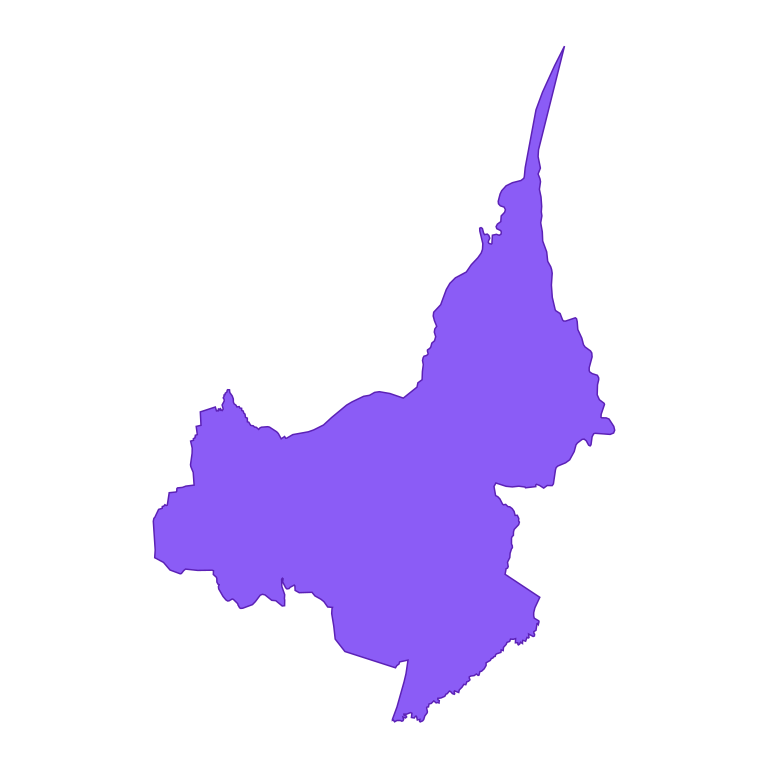 the district of Bang Klam, Songkhla, Thailand
{"feature_id": "78962969B50484514346142", "entity_name": "Bang Klam", "entity_type": "district", "adm_level": 2, "iso_a3": "THA", "parent_name": "Thailand", "parent_adm1": "Songkhla", "projection": "equal_earth", "projection_center": [100.407, 7.09], "detail": "fine", "context": "isolated", "style": "filled", "palette": "violet", "viewbox_px": 768, "rotation_deg": 0, "n_neighbors": 0, "source": "geoboundaries", "source_scale": "gbopen_adm2", "svg_char_len": 6129}
<svg xmlns="http://www.w3.org/2000/svg" viewBox="0 0 768 768"><path d="M154.7,557.7L163.5,562.4L170.0,570.0L180.2,573.8L181.4,573.5L183.8,570.5L185.5,569.1L197.7,570.4L212.0,570.2L213.5,570.7L213.3,574.5L216.4,577.3L216.8,578.5L216.9,582.1L218.1,584.3L219.1,584.7L218.4,586.6L218.7,588.9L223.0,596.4L226.0,600.0L227.7,601.0L229.1,600.8L232.2,599.0L233.4,599.4L237.7,603.7L238.0,605.0L239.6,607.8L240.7,608.4L242.8,608.2L252.5,604.6L255.4,601.6L260.2,595.2L262.4,594.3L265.0,594.9L271.7,600.3L275.8,600.7L282.2,606.0L284.6,605.7L284.7,599.9L284.4,598.8L284.7,594.7L281.8,586.3L281.6,579.2L282.4,578.2L283.1,578.8L282.6,581.8L285.7,587.8L286.9,588.9L289.0,588.6L290.1,587.3L294.2,585.1L294.9,586.0L295.1,590.4L299.2,592.7L312.0,592.3L314.9,595.9L320.7,599.1L323.9,601.6L327.7,607.0L332.5,607.4L332.0,608.7L331.7,613.5L333.8,626.4L335.2,639.1L344.9,651.5L395.5,667.8L396.8,665.6L399.0,664.0L399.6,661.9L408.0,660.1L406.0,673.7L404.1,681.7L397.0,706.9L392.4,719.4L392.4,720.3L393.2,719.9L394.6,721.8L396.9,720.5L400.3,720.5L401.8,721.2L402.9,720.8L403.6,719.5L402.9,717.0L405.4,718.0L406.6,717.0L406.4,716.1L403.9,714.9L403.9,714.1L406.5,714.2L410.5,712.6L411.9,713.3L411.4,717.5L414.3,718.0L415.4,716.3L416.1,716.1L416.7,717.0L417.3,720.0L419.9,719.4L419.6,721.3L420.2,721.9L422.6,720.9L423.7,719.6L424.8,716.0L427.2,712.8L427.4,711.7L426.6,707.8L427.1,707.0L428.5,706.9L429.0,704.0L431.3,703.4L433.8,700.9L436.1,702.9L437.9,702.5L439.0,703.0L439.3,700.6L437.8,699.6L437.8,698.3L440.9,698.0L444.8,696.3L446.0,694.1L447.2,693.7L449.4,691.1L450.5,691.5L452.4,693.6L454.3,694.3L454.7,693.8L454.1,691.9L454.5,690.9L458.7,692.5L459.3,689.9L462.1,687.1L463.8,684.4L465.8,684.7L466.9,681.7L468.4,681.3L469.8,680.1L469.9,679.3L469.2,678.0L469.3,676.8L470.9,676.0L474.2,675.6L476.4,674.0L478.1,675.4L479.0,675.1L479.9,671.6L481.6,671.2L484.2,668.8L486.1,665.5L486.1,662.8L490.3,660.4L491.3,658.6L492.9,658.0L493.7,656.8L495.2,656.4L495.6,654.8L496.4,653.9L500.9,652.4L501.2,649.9L503.2,650.6L503.5,647.4L506.1,644.5L507.0,642.4L509.7,641.4L510.5,639.1L513.3,639.3L515.6,638.6L515.4,642.8L517.7,642.7L518.0,644.6L518.5,644.9L519.7,644.0L520.5,642.2L522.5,643.5L522.5,641.1L522.9,640.3L525.6,641.2L527.0,637.4L528.3,638.0L529.0,637.6L528.6,634.0L533.1,636.5L534.4,636.0L534.6,634.2L533.9,633.3L533.9,631.6L536.0,630.3L537.0,623.6L537.5,623.4L538.3,624.6L539.0,621.8L538.8,620.9L534.3,618.2L533.7,616.0L533.7,612.7L534.9,607.8L539.8,597.3L505.1,574.3L506.1,568.7L507.5,568.1L508.2,566.6L507.5,562.2L509.8,557.6L510.1,553.3L511.5,548.9L512.4,547.7L512.3,545.8L511.5,543.9L511.5,538.2L512.1,536.6L513.4,535.4L513.5,531.9L514.2,529.4L518.7,524.6L519.4,522.1L518.6,521.0L518.8,518.5L517.3,515.3L515.1,515.4L514.1,511.4L512.2,508.6L509.8,506.8L507.9,506.6L505.7,504.4L503.4,504.8L502.5,504.0L499.9,498.9L497.8,496.7L495.6,495.6L494.0,486.5L495.9,483.0L506.1,486.3L512.3,486.9L518.8,486.2L525.0,487.0L525.5,487.8L535.8,486.6L535.7,485.1L536.5,484.3L539.5,485.4L543.7,488.1L547.2,485.5L552.2,485.6L553.4,483.9L555.5,469.7L556.2,467.5L557.9,466.0L565.6,462.8L569.7,459.8L574.2,451.6L576.0,444.9L577.4,443.0L582.1,439.4L584.1,439.1L586.2,440.7L588.6,445.1L590.1,445.9L591.0,444.8L592.1,436.8L593.7,433.7L595.2,433.3L610.2,434.4L613.6,433.0L614.7,430.2L613.8,426.4L609.0,419.0L606.2,417.9L601.7,417.8L601.0,417.2L601.2,414.2L604.5,404.4L604.1,403.3L599.4,399.7L597.2,394.8L597.5,384.8L598.7,379.8L598.7,377.9L597.4,375.3L592.2,373.6L589.8,372.0L589.2,370.7L589.2,367.7L592.1,356.9L591.8,353.0L590.5,350.9L585.0,346.9L583.5,344.7L581.8,338.1L577.8,329.5L577.2,321.6L576.5,318.7L575.3,317.8L565.5,321.1L563.6,321.0L562.6,320.0L560.1,313.5L555.9,310.8L555.2,309.8L552.3,297.4L551.4,285.1L552.2,273.3L551.6,269.5L550.7,266.7L547.7,261.3L546.7,251.9L542.7,241.0L542.3,231.8L540.7,222.8L541.9,215.9L541.3,211.8L541.7,206.4L541.0,196.9L539.4,189.3L540.5,181.7L540.0,178.9L538.1,174.0L540.4,168.1L538.1,156.6L538.5,149.9L564.5,46.1L554.6,65.7L542.5,92.2L536.0,109.8L525.2,167.6L524.3,176.7L523.8,178.3L521.0,180.5L512.4,182.7L506.1,185.8L501.7,190.7L500.1,194.0L498.2,201.3L498.5,203.8L500.3,205.8L504.1,207.1L505.4,209.7L504.6,212.3L501.2,215.9L500.8,221.6L497.4,224.1L496.1,226.6L496.8,228.7L500.7,230.6L501.3,232.0L501.1,234.0L499.3,235.3L496.4,234.3L492.4,235.2L491.9,243.6L491.2,244.1L489.0,243.4L488.3,242.4L488.5,241.0L489.8,238.2L488.8,235.4L487.3,234.1L484.5,234.6L483.6,233.0L482.4,228.5L481.0,227.6L479.7,228.2L479.8,231.0L482.8,243.6L482.5,249.3L481.2,253.0L477.8,257.8L471.3,264.7L466.3,272.0L455.4,277.8L449.9,283.3L446.3,289.5L440.7,304.7L433.7,312.2L433.2,316.0L434.4,320.6L436.7,326.3L434.8,329.0L434.3,332.1L435.7,336.7L434.5,340.8L431.8,343.1L430.8,347.0L429.7,348.4L427.5,349.9L427.4,351.0L428.1,353.6L427.8,354.4L426.5,355.5L424.0,356.2L423.1,357.8L422.5,360.5L423.3,364.6L422.4,371.4L422.1,379.7L417.9,382.8L417.0,387.1L403.3,398.1L389.9,393.5L379.4,391.7L374.6,392.4L369.5,395.3L363.6,396.3L352.0,401.9L346.6,405.1L331.4,417.7L323.5,425.0L313.7,429.9L308.4,431.8L292.8,434.6L286.8,438.1L285.7,438.3L284.6,436.5L281.2,438.8L278.3,433.5L276.7,431.8L269.5,427.1L267.7,426.7L261.4,427.2L259.9,427.9L258.7,429.4L256.3,427.3L254.4,427.0L253.3,425.8L250.7,425.4L248.8,422.2L247.4,421.8L247.3,418.1L245.5,417.4L245.0,414.1L243.8,413.1L243.2,411.0L241.8,410.5L241.6,408.3L239.9,408.1L239.2,406.6L236.9,406.9L236.0,405.2L234.1,403.8L233.4,402.1L233.3,398.9L232.2,395.9L229.8,392.5L229.5,389.8L227.7,389.7L227.2,390.2L226.9,392.0L225.2,393.3L225.0,394.7L224.0,395.0L224.0,396.5L223.2,397.9L224.1,399.3L224.2,401.0L222.1,405.0L223.2,409.0L222.3,410.5L221.2,409.8L220.8,411.0L220.8,409.1L220.3,408.6L219.0,410.2L218.6,408.4L217.9,410.8L216.5,410.9L215.3,407.0L200.3,411.9L201.0,425.3L196.2,426.4L197.3,434.6L195.3,435.3L195.4,436.9L194.9,437.1L194.9,438.0L193.4,438.6L193.5,440.3L190.6,441.1L192.2,448.1L192.1,453.3L190.5,464.7L190.8,466.6L193.2,472.4L194.1,485.1L185.9,486.1L182.4,487.4L177.5,487.9L176.9,488.5L176.7,491.3L176.1,492.0L169.2,492.7L167.3,505.1L166.1,505.5L164.9,504.7L163.7,506.2L162.3,506.5L162.2,508.3L158.6,509.4L154.8,517.4L153.9,518.3L153.3,521.2L155.2,550.0L154.7,557.7Z" fill="#8b5cf6" stroke="#5b21b6" stroke-width="1.5"/></svg>